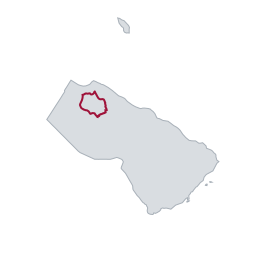 location of Man'ar, Al Mahrah, Yemen, rotated 234°
{"feature_id": "15242507B25634508234618", "entity_name": "Man'ar", "entity_type": "district", "adm_level": 2, "iso_a3": "YEM", "parent_name": "Yemen", "parent_adm1": "Al Mahrah", "projection": "robinson", "projection_center": [50.908, 16.452], "detail": "fine", "context": "in_parent", "style": "outline", "palette": "rose", "viewbox_px": 256, "rotation_deg": 234, "n_neighbors": 0, "source": "geoboundaries", "source_scale": "gbopen_adm2", "svg_char_len": 6389}
<svg xmlns="http://www.w3.org/2000/svg" viewBox="0 0 256 256"><g transform="rotate(234 128 128)"><path d="M200.2,110.0L192.2,113.2L190.1,114.7L188.2,116.4L186.8,118.7L185.8,122.6L186.6,126.1L186.5,128.0L184.4,129.3L182.5,130.2L180.4,131.6L179.1,132.0L178.0,133.1L176.8,133.8L172.3,135.8L167.4,137.4L159.6,139.3L156.6,141.3L153.9,142.7L149.8,143.1L144.1,145.0L140.9,146.5L137.0,149.0L136.1,149.8L135.4,151.7L134.2,153.3L131.8,155.9L130.1,157.2L128.9,157.3L126.6,158.0L123.8,158.2L119.3,157.3L118.1,157.9L117.1,158.9L113.6,160.7L110.0,164.3L107.3,165.2L103.1,166.4L100.1,167.8L98.1,168.4L95.5,168.8L90.8,168.6L86.3,169.1L82.1,170.2L80.1,172.1L77.8,175.1L74.2,176.3L73.3,177.4L72.2,179.7L69.8,180.2L67.6,180.6L65.5,179.6L61.3,182.3L59.7,182.8L57.4,182.9L55.7,183.4L54.5,183.3L53.0,182.2L49.8,181.0L47.4,181.8L47.2,179.2L43.4,171.5L44.3,164.7L44.3,163.7L43.5,160.7L41.3,157.9L41.3,154.4L40.6,151.9L40.0,149.4L40.2,148.7L40.2,148.0L39.1,144.1L38.7,143.3L38.6,142.4L39.0,141.8L39.0,141.1L38.3,139.9L37.7,137.5L34.6,135.7L35.2,134.0L35.8,134.6L36.7,135.1L36.8,134.0L36.9,133.2L35.6,128.1L37.6,121.2L37.1,115.0L40.1,112.5L40.8,111.8L41.2,111.1L42.0,109.7L42.9,109.2L43.3,107.8L43.3,107.0L42.6,106.4L42.2,104.6L42.4,102.5L42.5,101.5L42.9,99.9L43.9,99.2L44.2,98.8L43.4,97.7L43.5,97.1L45.2,95.3L45.9,94.8L47.1,94.2L48.0,94.2L49.0,94.5L49.9,95.0L50.8,95.9L51.7,96.9L53.2,97.3L54.2,97.2L55.0,97.7L55.6,97.4L56.4,96.9L57.6,96.9L58.8,96.3L61.9,96.1L64.9,96.2L68.1,95.7L71.3,95.8L74.5,95.8L75.2,95.9L75.9,96.2L78.5,97.8L80.6,98.1L84.7,98.5L89.1,99.0L92.9,99.4L96.1,99.0L98.7,98.7L99.5,98.8L100.3,99.7L101.9,102.2L103.4,104.4L106.0,104.6L107.7,103.7L109.6,102.5L110.8,101.6L112.1,97.8L113.0,95.4L115.0,92.7L116.6,90.5L118.8,87.5L120.0,85.8L122.4,82.6L124.7,81.3L129.1,78.8L133.4,76.4L136.2,74.8L138.6,74.1L142.6,73.5L147.3,72.8L152.0,72.0L157.0,71.3L162.5,70.4L166.4,69.8L171.2,69.1L175.3,68.4L178.9,67.9L182.6,67.3L183.3,69.1L184.0,70.9L184.7,72.8L185.4,74.6L186.1,76.4L186.8,78.2L187.5,80.0L188.2,81.8L188.9,83.6L189.6,85.5L190.3,87.3L191.0,89.1L191.7,90.9L192.4,92.7L193.2,94.5L193.9,96.4L194.5,98.1L195.7,98.7L196.4,100.4L197.3,102.8L198.3,105.2L199.3,107.6L200.2,110.0ZM211.2,182.9L212.2,183.1L213.7,182.5L218.0,182.4L223.1,184.4L222.2,185.0L221.6,185.7L219.3,186.4L217.1,187.9L210.5,188.7L208.6,188.3L207.0,186.8L204.1,184.8L205.2,183.6L205.5,183.0L205.9,182.4L207.6,181.5L209.2,181.6L211.2,182.9ZM36.4,158.7L36.2,159.0L35.9,159.0L35.0,158.0L36.1,156.9L36.6,157.9L36.4,158.7ZM33.5,134.4L33.0,134.8L32.9,134.1L33.2,132.5L33.7,132.1L34.1,133.3L33.8,133.9L33.5,134.4ZM35.9,163.5L34.8,164.1L35.6,162.6L36.3,162.3L36.5,162.4L35.9,163.5Z" fill="#d9dde1" stroke="#a8b0b8" stroke-width="1"/><path d="M154.7,109.9L154.8,110.0L155.1,110.2L155.2,110.3L155.4,110.5L155.4,110.8L155.2,110.9L155.1,111.0L155.0,111.3L154.8,111.5L154.7,111.6L154.7,111.8L154.8,111.9L155.0,111.9L155.2,112.0L155.3,112.1L155.4,112.3L155.5,112.4L155.5,112.5L155.4,112.6L155.4,112.8L155.3,113.1L155.3,113.4L155.3,113.5L155.2,113.5L155.1,113.8L155.1,114.0L155.1,114.3L155.0,114.5L154.8,114.7L154.7,115.0L154.7,115.5L154.6,115.8L154.6,116.0L154.5,116.4L154.4,116.5L154.5,116.8L154.4,117.0L154.2,117.3L154.0,117.5L153.9,117.8L153.9,118.0L153.9,118.5L153.8,119.0L154.1,119.1L154.4,119.2L154.5,119.3L154.7,119.5L154.8,119.5L155.0,119.8L155.2,120.1L155.3,120.2L155.4,120.3L155.5,120.3L155.4,120.5L155.2,120.8L155.0,121.0L154.9,121.2L154.9,121.3L155.1,121.4L155.3,121.4L155.5,121.5L155.8,121.6L156.0,121.7L156.4,121.8L156.5,121.9L156.8,121.9L156.9,122.0L157.1,122.0L157.3,122.0L157.5,122.0L157.8,122.1L158.0,122.1L158.4,122.2L158.5,122.2L158.7,122.3L158.8,122.4L158.9,122.5L159.0,122.6L159.1,122.9L159.1,123.0L159.4,123.1L159.5,123.2L159.7,123.3L159.8,123.3L160.0,123.4L160.2,123.5L160.3,123.5L160.5,123.5L160.9,123.7L161.0,123.7L161.2,123.8L161.3,124.0L161.5,124.1L161.6,124.3L161.8,124.3L162.0,124.3L162.2,124.5L162.5,124.6L162.8,124.6L163.0,124.7L163.3,124.8L163.5,124.8L163.9,124.9L164.1,125.0L164.3,125.0L164.6,125.1L165.1,125.1L165.4,125.1L165.5,125.0L165.7,124.9L165.8,124.8L166.1,124.5L166.2,124.4L166.3,124.4L166.4,124.2L166.5,124.1L166.7,123.8L166.9,123.5L167.0,123.2L167.3,122.8L167.4,122.6L167.5,122.5L167.6,122.4L167.8,122.3L167.9,122.2L168.1,122.0L168.3,121.9L168.7,121.8L169.0,121.7L169.5,121.6L169.9,121.6L170.2,121.6L170.3,121.6L170.5,121.6L170.8,121.7L171.3,121.7L171.5,121.7L171.8,121.8L172.0,121.8L172.4,121.8L172.7,121.9L172.9,121.9L173.0,121.9L173.3,122.0L173.6,122.0L173.8,122.1L174.1,122.1L174.3,122.1L174.5,122.1L174.9,122.2L175.0,122.2L175.7,122.3L175.8,122.3L176.3,122.4L176.5,122.5L176.9,122.5L177.0,122.5L177.0,122.4L177.0,122.1L176.9,122.0L176.9,121.9L176.8,121.7L176.7,121.5L176.3,120.9L176.2,120.6L176.2,120.2L176.1,119.9L176.2,119.4L176.2,119.2L176.3,118.9L176.3,118.7L176.4,118.4L176.5,118.3L176.6,118.2L176.9,117.9L177.1,117.7L177.4,117.6L177.5,117.6L177.8,117.6L178.2,117.6L178.3,117.6L178.6,117.3L178.7,117.2L178.8,116.9L178.9,116.7L179.1,116.3L179.2,116.2L179.3,115.8L179.4,115.6L179.5,115.5L179.8,115.2L180.0,115.0L180.2,114.8L180.3,114.7L180.5,114.5L180.6,114.3L180.7,114.2L180.8,114.0L180.8,113.9L180.9,113.7L180.9,113.4L180.9,113.1L181.0,113.0L181.0,112.8L181.0,112.6L181.0,112.3L181.1,112.1L181.1,111.7L181.3,111.3L181.4,111.1L181.4,110.9L181.5,110.7L180.4,110.1L179.5,109.3L178.8,108.6L178.3,108.0L177.6,107.1L176.7,105.5L176.1,104.5L175.7,103.7L175.4,103.3L175.1,103.0L174.9,102.7L174.6,102.6L174.3,102.5L174.0,102.4L173.7,102.4L173.1,102.2L172.4,102.1L171.8,102.0L171.4,102.0L171.2,102.1L169.9,102.6L169.2,102.9L169.2,103.0L168.9,103.1L168.7,103.2L168.6,103.3L168.4,103.4L168.3,103.5L168.2,103.6L167.9,103.8L167.7,103.9L167.5,104.0L167.4,104.1L167.1,104.4L167.0,104.5L166.9,104.6L166.8,104.8L166.7,104.9L166.4,105.2L166.1,105.3L165.9,105.4L165.7,105.5L165.4,105.6L165.2,105.7L165.0,105.8L164.9,105.8L164.7,105.9L164.1,105.9L163.8,105.9L163.4,105.9L163.0,105.9L162.9,105.9L162.6,105.8L162.3,105.8L162.1,105.8L161.9,105.8L161.7,105.9L161.5,106.0L161.4,106.1L161.3,106.4L161.3,106.5L161.3,106.9L161.3,107.0L161.2,107.2L161.2,107.4L161.1,107.6L161.0,107.8L160.8,108.1L160.8,108.3L160.7,108.4L160.6,108.5L160.4,108.7L160.2,108.9L159.9,109.2L159.7,109.4L159.6,109.5L159.4,109.6L159.2,109.6L158.7,109.5L158.2,109.5L157.9,109.5L157.4,109.5L157.1,109.5L156.9,109.6L156.6,109.6L156.4,109.7L155.7,109.7L155.4,109.7L154.9,109.7L154.8,109.8L154.7,109.9Z" fill="none" stroke="#9f1239" stroke-width="2"/></g></svg>